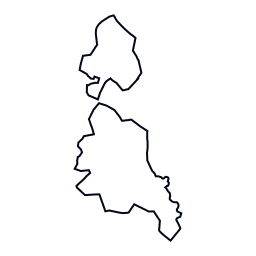 Emuoha, Rivers, Nigeria (orthographic projection)
{"feature_id": "59680162B36304665045822", "entity_name": "Emuoha", "entity_type": "district", "adm_level": 2, "iso_a3": "NGA", "parent_name": "Nigeria", "parent_adm1": "Rivers", "projection": "orthographic", "projection_center": [6.794, 5.034], "detail": "fine", "context": "isolated", "style": "outline", "palette": "ink", "viewbox_px": 256, "rotation_deg": 0, "n_neighbors": 0, "source": "geoboundaries", "source_scale": "gbopen_adm2", "svg_char_len": 2232}
<svg xmlns="http://www.w3.org/2000/svg" viewBox="0 0 256 256"><path d="M180.3,228.7L180.2,227.8L179.2,225.6L177.2,221.6L176.2,219.8L176.8,218.4L178.3,217.5L180.2,216.9L181.3,213.3L177.3,211.4L176.8,209.5L178.1,207.5L178.6,205.5L178.3,204.2L177.0,202.3L173.9,202.2L172.1,201.5L169.8,199.4L169.8,197.2L170.2,196.1L169.8,193.2L168.1,191.4L165.9,187.7L165.3,187.4L166.6,186.2L167.9,185.8L168.8,184.0L168.7,182.5L167.7,181.2L168.3,179.9L168.3,179.7L168.5,178.4L167.9,177.4L166.7,176.9L165.4,176.9L163.7,178.5L162.7,178.6L161.8,178.0L161.4,177.3L159.6,176.7L158.6,176.4L155.8,176.2L155.3,175.1L154.7,173.5L152.2,170.9L150.6,167.6L148.5,163.0L147.3,160.4L147.3,160.2L147.3,158.4L147.2,156.9L147.0,152.7L147.5,149.2L147.5,148.6L147.6,147.9L147.6,141.9L147.2,138.8L147.2,134.7L147.2,132.8L147.4,131.0L140.3,126.4L131.3,119.6L128.1,120.1L122.0,120.8L119.8,117.0L114.4,110.0L106.5,105.6L99.0,103.2L93.3,110.1L93.1,110.8L91.5,113.8L90.1,116.8L88.9,119.1L89.6,121.0L90.7,124.4L92.2,128.3L93.9,134.3L83.8,136.2L82.6,138.6L78.4,142.6L78.2,144.2L77.9,146.2L81.1,149.7L82.0,152.4L79.5,156.1L77.7,157.1L77.7,157.5L77.1,161.0L77.4,163.8L74.7,168.8L78.3,170.1L80.8,171.0L88.9,170.2L90.1,173.0L86.5,176.2L84.1,178.9L82.6,180.3L80.3,182.4L79.6,182.9L76.4,186.0L76.9,187.5L85.0,195.1L95.9,194.4L99.4,194.4L105.4,211.3L109.3,210.5L119.3,212.6L122.6,213.1L122.9,213.1L124.6,213.0L127.2,212.8L128.7,212.5L134.2,204.3L148.8,211.5L153.8,211.4L156.7,215.9L159.9,220.7L159.1,230.3L159.5,231.1L161.2,232.9L163.3,234.8L169.8,240.0L170.6,240.6L180.3,228.7ZM97.9,99.4L100.1,92.7L105.0,82.9L106.7,81.0L110.5,78.4L112.3,80.3L114.3,81.6L116.5,83.0L122.7,90.4L128.4,89.1L137.8,79.0L137.4,78.9L138.9,76.4L141.4,72.8L138.5,60.3L137.8,59.4L136.4,56.1L134.8,53.7L133.4,51.4L132.9,50.7L135.5,37.9L133.4,36.1L130.4,34.0L126.7,30.8L126.2,30.3L123.5,27.8L120.0,24.2L118.6,22.7L117.3,21.4L115.3,18.3L114.5,16.6L113.6,15.4L109.4,16.6L102.2,21.2L98.8,24.3L97.1,26.8L96.4,28.4L96.0,30.0L95.8,33.7L95.9,34.5L97.1,44.7L94.2,49.1L90.5,54.8L83.0,55.8L80.8,63.8L79.6,70.0L86.8,74.0L87.8,75.7L91.0,78.6L93.6,78.9L94.5,76.6L99.2,78.3L97.9,82.9L94.2,82.9L93.7,83.1L90.9,83.7L88.2,85.4L87.0,85.1L86.8,92.4L87.8,94.0L88.5,95.3L97.9,99.4Z" fill="none" stroke="#020617" stroke-width="2"/></svg>